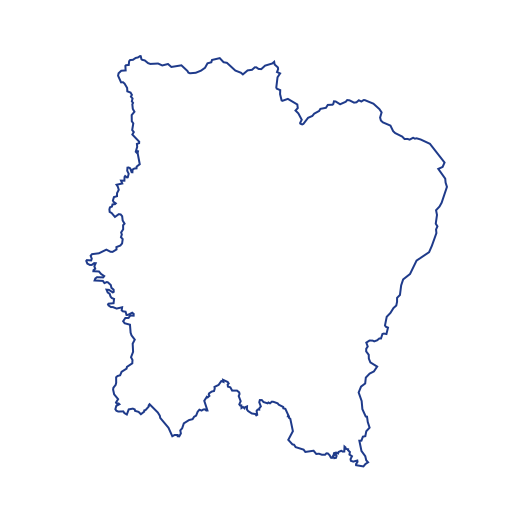 Lac Duong, Lâm Đồng, Vietnam (Albers equal-area conic projection), rotated 282°
{"feature_id": "81297802B90979220295161", "entity_name": "Lac Duong", "entity_type": "district", "adm_level": 2, "iso_a3": "VNM", "parent_name": "Vietnam", "parent_adm1": "Lâm Đồng", "projection": "albers", "projection_center": [108.454, 12.138], "detail": "fine", "context": "isolated", "style": "outline", "palette": "blue", "viewbox_px": 512, "rotation_deg": 282, "n_neighbors": 0, "source": "geoboundaries", "source_scale": "gbopen_adm2", "svg_char_len": 6022}
<svg xmlns="http://www.w3.org/2000/svg" viewBox="0 0 512 512"><g transform="rotate(282 256 256)"><path d="M449.7,233.4L447.7,231.9L444.1,225.3L439.9,222.3L439.5,219.6L440.6,217.1L440.3,215.6L437.3,213.4L435.8,209.2L430.9,205.4L432.1,203.2L433.1,197.2L438.9,187.4L438.8,184.0L442.0,179.4L438.6,172.2L436.2,172.0L434.4,168.5L429.5,167.0L425.9,163.7L422.7,159.0L421.0,153.4L421.3,151.7L422.7,150.5L427.0,143.4L423.3,133.9L425.5,130.0L422.9,124.7L423.9,120.2L421.9,112.7L422.2,110.3L424.2,106.5L424.2,103.9L424.7,103.0L427.5,101.7L427.5,101.1L425.7,99.3L424.7,97.1L422.3,94.8L421.5,92.1L420.1,91.4L416.4,91.8L415.6,89.2L414.8,88.7L410.4,89.9L409.2,85.7L406.2,83.6L403.7,83.6L397.8,87.9L398.3,89.8L397.3,91.6L393.6,95.0L390.3,95.9L389.8,99.3L387.8,101.1L385.9,100.5L384.4,102.5L381.5,102.4L380.2,103.9L378.6,103.5L374.3,104.9L371.8,107.1L368.0,105.1L362.0,106.5L360.2,108.4L353.5,108.7L351.8,110.7L349.1,109.8L343.5,118.0L342.1,118.2L340.9,116.2L338.1,117.1L333.0,116.7L332.4,117.6L333.9,117.9L333.9,118.8L332.1,118.8L321.6,123.2L318.7,120.7L316.9,120.9L316.3,118.9L314.9,117.3L312.2,117.7L312.1,116.9L315.6,114.7L316.1,113.0L315.7,111.9L312.6,112.3L309.9,114.4L306.3,114.2L306.0,113.5L307.0,111.4L306.0,111.0L302.3,111.6L301.7,108.3L299.1,110.1L296.7,104.8L295.1,106.4L292.2,108.0L288.6,107.0L285.6,107.6L284.1,104.8L280.5,104.5L279.4,105.3L278.3,107.9L277.4,107.3L276.6,104.9L274.4,104.8L273.2,103.0L271.1,102.9L268.7,103.7L268.0,105.9L264.9,109.9L268.4,113.1L268.5,115.0L267.1,116.8L263.0,118.2L260.3,120.7L258.5,119.6L254.5,120.5L251.0,119.2L249.1,120.3L246.3,120.0L244.8,122.1L240.4,122.4L238.0,121.1L235.7,117.6L233.4,118.2L230.2,114.8L229.9,112.8L231.1,108.3L226.0,101.8L223.7,95.2L221.9,94.2L219.2,95.9L217.4,95.7L216.8,91.4L215.9,91.0L213.5,92.6L212.7,95.4L213.1,97.2L215.4,99.2L215.6,100.7L212.4,100.0L210.1,101.4L208.4,100.0L207.3,100.1L208.2,105.6L206.2,108.2L204.8,111.7L203.3,111.0L202.2,104.9L200.6,103.5L198.5,103.2L199.8,111.4L198.0,113.4L199.5,115.5L199.4,116.7L197.4,120.0L194.8,121.2L193.5,123.7L191.4,124.3L190.6,123.5L192.3,119.2L192.0,116.8L189.5,118.5L188.6,120.7L186.0,122.2L184.9,123.7L184.5,126.1L180.2,126.5L178.7,121.7L177.9,121.3L177.0,122.0L175.9,124.7L176.3,126.5L175.6,130.6L178.0,135.7L174.9,135.9L174.2,137.3L174.4,140.0L171.4,141.6L171.7,142.9L174.8,146.7L173.9,148.4L172.2,148.7L171.6,145.4L168.9,144.2L168.2,141.1L164.6,139.6L162.9,141.5L162.6,147.0L154.9,149.3L152.4,150.8L149.0,154.8L144.6,153.6L136.7,155.7L131.0,154.8L128.6,156.8L125.3,157.3L120.7,152.8L118.9,152.8L114.8,148.6L111.1,147.9L109.8,145.5L108.3,144.4L102.9,145.6L100.7,145.5L97.5,143.9L95.6,144.0L91.2,146.0L87.3,150.9L83.6,149.5L82.8,150.3L83.2,152.2L82.6,153.2L80.3,150.5L76.9,150.3L75.6,151.6L75.2,153.6L76.4,158.5L75.0,159.9L74.1,162.6L79.5,163.4L81.1,167.3L80.7,169.3L79.4,169.9L79.1,173.6L77.3,176.3L80.5,179.0L81.7,178.8L82.5,180.1L86.5,182.4L87.6,182.1L88.9,182.7L82.5,192.5L79.8,195.1L77.7,196.0L69.8,206.1L62.3,211.6L64.0,213.6L64.6,216.6L63.4,216.9L63.6,218.4L66.8,219.4L69.7,218.2L72.1,219.6L77.3,220.2L81.6,224.6L83.2,227.9L85.9,228.9L87.4,230.6L91.5,231.3L93.9,232.6L93.5,234.9L94.9,236.4L95.4,238.0L94.5,239.5L94.8,240.6L103.6,235.5L108.1,237.2L107.6,238.1L109.5,239.5L110.9,238.5L111.9,238.7L114.2,240.9L115.2,243.0L117.7,243.2L119.3,242.6L122.1,246.2L126.5,248.1L126.1,250.3L128.0,249.6L126.9,254.5L125.6,255.8L124.4,255.0L122.4,255.7L122.2,258.2L119.4,260.6L120.4,265.4L119.1,267.9L117.6,268.6L115.4,268.2L110.8,271.2L107.4,270.5L106.5,271.5L106.8,272.7L104.3,273.4L105.6,274.7L104.6,276.4L105.8,276.7L107.0,278.5L104.0,279.0L102.7,280.5L101.1,284.6L101.3,288.2L100.2,289.4L100.9,290.2L104.6,288.8L106.1,289.5L106.4,291.1L107.4,290.8L109.9,292.0L113.6,289.6L115.9,289.7L116.3,291.6L114.7,293.7L114.3,298.0L115.3,298.6L114.8,300.3L116.8,301.8L117.0,303.3L116.4,307.8L115.3,309.1L114.0,314.0L112.7,314.4L112.6,316.5L107.1,320.6L105.8,320.5L105.9,321.6L104.6,321.9L103.9,323.4L92.3,328.5L82.9,325.8L79.3,330.8L79.3,332.5L77.3,334.5L76.5,342.8L74.6,345.0L77.5,352.8L74.9,356.1L75.7,358.7L75.3,361.9L76.0,364.9L77.6,365.9L77.8,367.3L76.4,369.5L74.3,371.2L74.3,372.3L76.4,372.9L74.5,374.5L75.2,376.2L77.2,376.4L78.3,375.5L77.2,373.3L79.4,373.3L80.4,375.2L79.9,377.3L81.5,377.5L83.2,379.9L82.7,381.5L83.1,383.0L88.0,382.2L87.4,383.3L86.0,383.9L86.1,386.3L85.2,386.4L83.8,388.6L81.2,388.7L80.1,391.5L77.0,390.7L75.4,391.4L75.1,393.9L77.0,397.6L75.8,398.1L73.2,397.1L72.2,397.4L72.5,404.8L75.3,406.3L77.5,408.5L79.1,406.3L82.9,404.5L87.2,399.7L96.8,395.5L97.3,397.5L101.5,398.1L102.5,400.4L107.5,400.3L111.7,402.8L116.9,399.8L121.9,398.0L121.8,396.7L128.3,391.9L136.1,389.5L143.8,384.8L150.1,385.9L154.0,389.3L159.9,388.7L164.6,391.6L167.6,395.3L173.0,397.5L175.7,390.0L179.1,387.7L182.8,386.8L185.6,383.6L188.2,383.1L190.7,384.1L194.2,381.9L196.9,384.6L197.5,387.6L197.1,389.4L198.7,392.0L201.0,393.8L201.3,395.4L206.0,395.9L206.7,397.2L206.8,399.8L213.4,400.0L213.8,397.7L214.9,396.6L223.7,396.5L228.2,399.3L233.7,401.3L236.7,403.5L240.5,403.5L244.4,402.7L247.8,404.9L257.5,404.1L263.7,404.8L270.4,410.4L284.9,414.0L295.7,424.5L302.5,425.9L315.9,427.7L319.4,426.6L322.7,427.3L325.0,425.1L333.8,424.5L338.2,422.6L342.5,425.2L346.7,426.5L363.3,428.4L367.2,426.2L371.0,425.0L379.1,416.2L381.9,420.0L386.6,421.0L401.9,402.8L404.2,392.8L404.5,388.6L403.8,387.0L404.3,385.1L401.8,382.1L402.0,379.8L401.3,377.0L403.2,374.2L405.2,366.5L406.6,364.2L411.5,360.4L413.1,352.3L414.5,350.0L417.2,348.6L422.6,349.0L425.4,346.1L429.4,339.2L431.1,330.0L430.9,328.9L429.0,326.9L429.7,324.2L427.2,322.3L426.4,320.0L427.7,315.1L427.5,312.8L425.5,311.7L421.9,306.7L423.7,301.8L423.5,300.1L420.8,300.0L419.9,299.4L418.7,294.8L415.5,293.6L413.3,288.4L411.0,287.6L407.3,283.3L404.7,282.0L402.0,278.2L395.1,274.9L394.3,273.8L394.6,272.0L395.2,271.5L398.8,272.4L404.3,267.8L406.5,264.4L409.4,266.1L412.8,264.9L416.3,254.5L413.3,249.6L413.5,248.7L419.3,245.9L423.3,245.2L424.0,241.5L425.1,240.8L435.3,239.9L439.6,241.6L440.3,238.3L443.4,238.8L445.0,238.2L447.2,234.4L449.7,233.4Z" fill="none" stroke="#1e3a8a" stroke-width="2"/></g></svg>